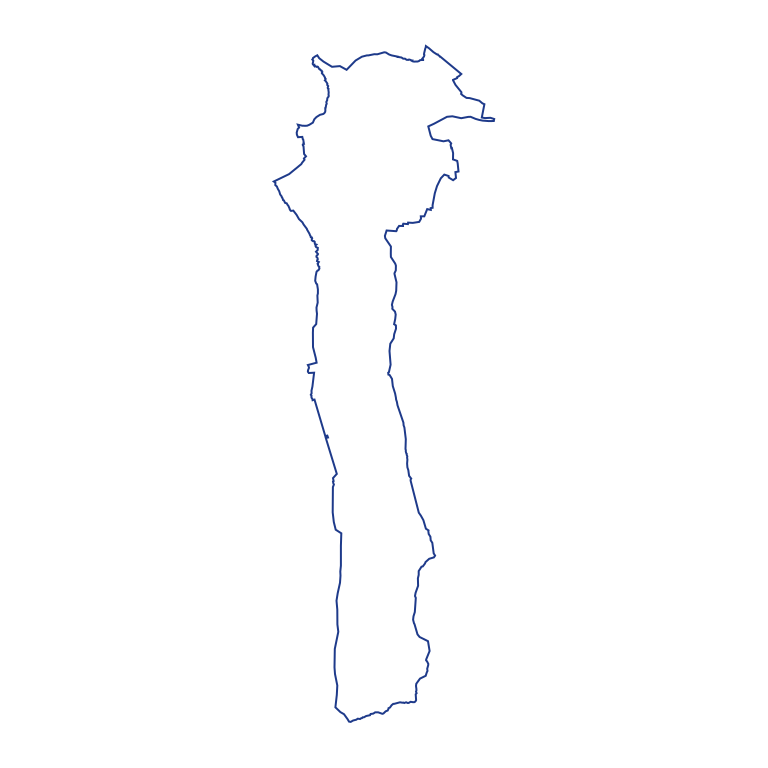 Vistea, Brasov, Romania
{"feature_id": "2599482B58575749850312", "entity_name": "Vistea", "entity_type": "district", "adm_level": 2, "iso_a3": "ROU", "parent_name": "Romania", "parent_adm1": "Brasov", "projection": "mercator", "projection_center": [24.745, 45.724], "detail": "fine", "context": "isolated", "style": "outline", "palette": "blue", "viewbox_px": 768, "rotation_deg": 0, "n_neighbors": 0, "source": "geoboundaries", "source_scale": "gbopen_adm2", "svg_char_len": 6014}
<svg xmlns="http://www.w3.org/2000/svg" viewBox="0 0 768 768"><path d="M349.0,721.6L350.7,721.9L353.1,720.5L356.3,719.7L357.7,718.7L360.1,719.0L361.2,718.2L362.0,718.1L362.7,717.3L363.9,717.3L366.2,716.0L370.0,715.2L370.6,714.0L373.3,713.6L375.2,712.3L378.1,712.3L382.3,713.8L383.4,713.5L385.7,711.3L387.7,710.5L388.4,709.0L388.5,708.2L390.0,707.5L391.6,705.2L393.2,703.9L394.0,703.9L400.0,702.3L402.4,702.7L403.5,702.6L404.2,703.0L406.1,702.3L407.8,703.0L408.7,702.9L410.6,701.8L413.1,702.2L414.6,702.1L415.7,701.0L416.1,700.1L415.7,694.3L416.6,693.2L416.0,691.7L416.4,690.5L416.4,689.0L416.0,685.9L416.3,683.7L420.0,678.6L425.7,675.8L426.8,672.3L427.5,670.9L427.2,668.8L428.2,665.2L428.3,663.9L427.1,661.5L426.1,660.3L426.2,659.4L429.6,651.0L428.0,641.2L419.6,637.0L417.5,634.4L414.5,624.1L414.0,623.3L413.1,619.7L413.5,616.3L414.8,612.1L415.0,609.5L415.8,597.9L415.0,596.0L415.6,592.8L418.1,585.8L417.9,578.3L418.7,574.9L418.7,571.1L421.5,566.7L422.8,566.4L425.0,563.5L425.5,562.1L429.2,558.8L433.9,557.4L435.1,555.6L433.7,553.4L432.3,542.8L430.7,540.3L430.4,536.7L428.7,534.0L428.3,530.9L428.5,530.4L425.9,528.7L423.4,520.2L420.9,515.7L418.8,512.7L410.6,480.6L410.7,479.3L411.2,478.6L409.1,475.8L408.3,470.1L407.4,467.4L407.1,463.6L407.4,459.6L407.1,457.6L407.3,456.3L406.7,454.9L406.7,453.8L406.4,453.6L405.8,451.7L405.8,450.0L405.5,449.1L405.8,439.2L404.4,427.5L403.6,425.3L403.4,422.6L397.5,405.3L396.9,401.9L396.1,399.5L395.9,397.6L395.1,393.5L392.8,386.1L392.0,378.9L389.6,375.0L388.4,374.6L388.2,372.7L388.9,372.2L390.6,364.7L389.5,351.0L390.3,343.7L393.7,338.4L394.2,334.2L396.0,328.7L395.9,325.4L394.1,324.2L395.2,319.1L395.7,314.6L395.0,311.6L392.3,308.8L392.5,307.0L391.9,304.9L392.7,301.5L395.5,294.2L396.2,290.8L396.5,282.3L394.5,273.9L394.5,273.2L395.8,270.4L395.9,265.6L395.2,263.6L390.9,257.0L390.8,253.5L390.9,246.5L385.3,238.3L384.9,235.9L386.6,230.5L396.2,231.2L396.7,230.6L397.0,228.9L399.1,225.9L403.0,226.0L402.9,224.4L403.3,223.7L407.9,224.1L408.1,222.6L412.7,222.9L419.2,221.9L421.0,218.7L420.8,216.3L424.3,216.3L427.2,209.1L430.8,209.9L430.7,208.1L432.6,207.8L432.6,205.1L434.8,193.3L437.0,186.1L440.8,178.3L444.3,174.6L448.6,176.0L448.7,177.5L453.1,180.2L456.0,178.0L455.4,172.1L458.5,171.5L457.7,163.5L457.2,160.9L453.0,159.4L453.1,153.1L451.9,148.0L451.3,148.2L450.6,144.9L451.2,143.4L448.5,140.3L443.5,141.3L432.5,139.1L430.7,135.7L428.3,126.4L434.1,123.7L447.0,116.8L452.4,116.3L461.2,118.2L468.2,116.9L470.6,116.8L475.6,118.9L479.1,119.9L482.6,120.6L488.9,121.1L493.8,121.0L494.2,119.0L490.4,117.8L485.0,118.1L481.8,117.5L484.4,104.2L482.5,103.4L479.3,100.7L469.7,98.1L466.5,97.9L462.6,95.3L461.1,93.9L461.4,93.2L461.4,92.2L455.5,84.9L453.0,80.2L453.0,79.9L457.1,78.1L457.1,77.2L459.1,76.0L461.3,74.0L440.5,56.8L439.9,56.7L439.5,55.9L438.4,55.3L437.8,54.4L436.9,54.4L433.4,52.1L428.8,48.1L425.9,46.1L425.7,47.6L425.3,48.4L424.1,53.4L424.0,54.4L424.4,55.0L424.0,56.5L422.3,58.7L423.1,59.4L423.1,60.0L422.4,60.0L421.8,59.5L421.5,60.0L420.0,60.2L418.9,61.1L417.6,61.5L414.0,61.6L412.6,61.3L411.9,60.9L412.1,60.5L411.2,60.5L410.8,60.0L409.0,59.5L408.4,59.9L406.6,59.8L405.0,58.7L403.2,58.7L401.5,57.5L398.2,57.0L397.9,57.0L398.0,56.7L391.6,55.4L389.1,54.5L385.9,52.5L384.2,52.3L377.3,54.3L374.3,54.2L368.4,55.4L366.9,55.4L361.9,56.7L355.6,60.5L346.6,69.8L339.9,66.1L332.0,66.8L323.5,61.6L319.2,58.2L317.3,55.3L315.2,56.4L313.0,58.0L312.9,58.8L312.3,59.5L313.3,60.7L312.9,62.9L312.7,63.3L312.8,64.2L313.6,65.1L314.4,64.8L314.5,65.3L314.1,65.7L314.7,66.5L315.6,66.2L316.7,66.9L317.4,66.6L317.9,66.8L319.3,69.1L319.9,69.2L320.2,69.8L321.7,70.7L321.7,71.6L322.3,72.0L321.9,73.3L323.7,75.3L325.0,77.6L325.1,78.5L325.6,78.8L325.5,79.7L324.9,80.4L325.7,81.1L326.9,82.9L327.4,83.7L327.2,84.9L328.2,86.1L327.7,87.7L327.9,88.5L328.5,88.8L328.4,90.2L328.7,92.3L328.5,94.8L328.7,95.3L328.6,96.6L327.6,97.7L327.2,99.0L327.2,100.2L326.3,102.0L326.7,103.8L326.2,104.6L325.7,107.5L325.4,107.7L325.5,108.3L325.2,108.8L325.4,110.0L325.2,111.8L324.3,113.2L323.2,114.0L320.0,114.8L316.4,117.1L314.3,119.3L312.9,122.6L309.3,124.8L307.1,125.7L305.2,125.8L302.2,125.7L297.9,124.7L299.1,127.5L297.7,129.0L296.7,132.6L296.9,134.7L298.0,137.2L302.3,136.9L302.8,139.2L303.2,139.5L303.8,143.0L303.5,143.2L303.9,144.0L302.8,144.6L302.9,145.5L303.5,146.1L304.1,154.0L306.0,156.3L303.9,158.5L304.5,159.8L302.1,162.7L301.3,164.1L289.1,174.1L273.8,181.5L275.4,182.7L275.3,185.1L276.9,186.5L277.8,188.8L279.2,191.2L280.2,194.5L281.7,196.5L281.9,197.5L282.5,198.1L283.1,200.1L283.9,200.4L285.1,202.9L286.7,203.3L287.5,204.8L288.3,205.7L289.6,208.6L289.8,209.5L290.5,210.5L291.0,210.9L293.3,210.6L296.6,214.9L299.0,219.1L302.4,222.3L303.6,224.5L306.9,228.9L307.0,229.5L309.5,233.8L309.9,235.0L310.6,236.2L310.8,237.2L311.8,237.4L312.2,238.3L311.8,239.0L311.8,240.3L313.1,241.2L313.9,241.1L314.7,241.8L314.8,243.6L315.0,244.1L316.4,244.6L315.5,245.5L315.5,246.0L316.2,247.2L317.8,247.8L317.7,250.0L316.0,251.7L318.0,254.0L317.8,254.6L316.6,255.7L316.4,256.8L317.4,257.8L317.8,259.2L317.2,260.1L317.0,261.1L318.8,262.0L317.6,263.8L318.0,264.2L318.0,265.0L318.6,266.3L319.3,266.8L319.2,267.7L319.4,268.6L318.4,270.3L317.5,270.6L316.5,271.9L315.6,276.6L315.2,280.8L316.2,283.5L317.1,284.3L317.9,289.4L317.9,293.4L317.4,295.5L317.7,302.6L316.5,307.5L316.6,310.7L317.0,313.8L316.2,324.1L313.1,327.6L312.9,332.6L313.0,347.1L315.7,357.7L316.6,362.7L307.9,365.0L308.7,366.6L309.0,367.8L308.0,370.3L307.9,371.7L308.8,373.0L314.1,372.7L312.4,386.7L311.5,390.7L311.6,393.3L310.8,394.8L311.5,395.6L311.4,397.0L311.8,398.2L312.4,398.9L312.6,400.2L314.5,399.6L325.3,436.1L327.3,435.6L328.0,437.5L325.8,438.0L336.8,473.9L333.0,478.1L333.6,481.1L333.0,481.5L333.3,483.2L333.9,484.5L332.9,487.1L332.7,512.4L333.8,522.0L335.7,529.7L341.3,533.3L340.9,545.9L340.9,565.7L340.3,571.5L340.5,575.7L340.0,582.8L337.7,593.2L336.5,600.7L337.3,609.6L337.4,624.4L338.3,631.8L334.8,648.9L334.5,667.4L335.0,674.0L337.3,685.5L336.8,695.0L335.4,707.3L340.4,712.1L344.0,714.2L347.6,719.2L349.0,721.6Z" fill="none" stroke="#1e3a8a" stroke-width="2"/></svg>